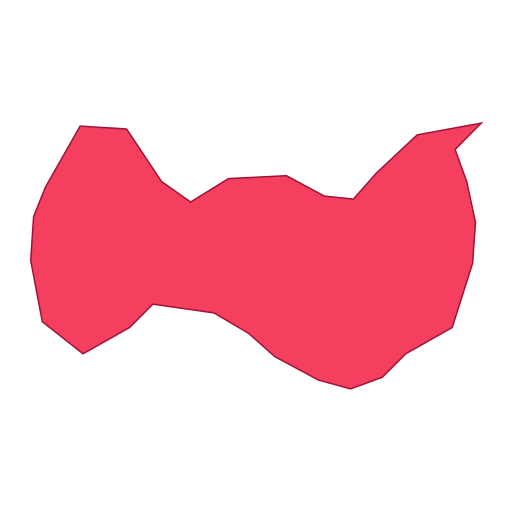 outline of Psimolofou, Nicosia, Cyprus
{"feature_id": "46923920B41112983701045", "entity_name": "Psimolofou", "entity_type": "district", "adm_level": 2, "iso_a3": "CYP", "parent_name": "Cyprus", "parent_adm1": "Nicosia", "projection": "mercator", "projection_center": [33.281, 35.058], "detail": "fine", "context": "isolated", "style": "filled", "palette": "rose", "viewbox_px": 512, "rotation_deg": 0, "n_neighbors": 0, "source": "geoboundaries", "source_scale": "gbopen_adm2", "svg_char_len": 498}
<svg xmlns="http://www.w3.org/2000/svg" viewBox="0 0 512 512"><path d="M452.2,327.5L472.6,263.3L475.5,222.4L466.7,181.5L455.1,149.4L481.3,123.1L417.3,134.8L376.6,172.8L353.4,199.1L324.3,196.1L286.5,175.7L228.4,178.6L190.6,202.0L161.5,181.5L126.6,129.0L80.1,126.1L45.3,187.4L33.6,216.6L30.7,260.4L42.3,321.7L83.0,353.8L129.6,327.5L152.8,304.2L213.9,312.9L248.7,333.4L274.9,356.7L318.5,380.1L350.5,388.9L382.4,377.2L405.7,353.8L452.2,327.5Z" fill="#f43f5e" stroke="#9f1239" stroke-width="1.5"/></svg>